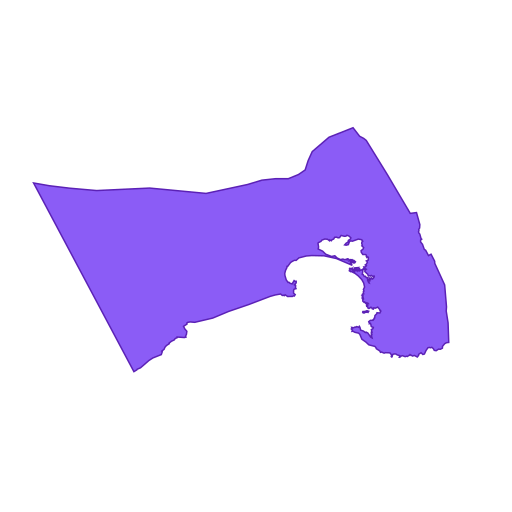 the district of Kota Jayapura, Papua, Indonesia, rotated 152°
{"feature_id": "22746128B85346986276333", "entity_name": "Kota Jayapura", "entity_type": "district", "adm_level": 2, "iso_a3": "IDN", "parent_name": "Indonesia", "parent_adm1": "Papua", "projection": "robinson", "projection_center": [140.72, -2.651], "detail": "fine", "context": "isolated", "style": "filled", "palette": "violet", "viewbox_px": 512, "rotation_deg": 152, "n_neighbors": 0, "source": "geoboundaries", "source_scale": "gbopen_adm2", "svg_char_len": 6136}
<svg xmlns="http://www.w3.org/2000/svg" viewBox="0 0 512 512"><g transform="rotate(152 256 256)"><path d="M108.3,313.1L110.1,323.7L135.8,326.6L157.3,321.8L165.1,315.8L172.2,308.9L180.3,308.0L191.2,309.1L202.5,315.1L215.2,320.2L229.9,323.1L270.7,334.7L318.0,365.9L366.0,388.6L388.9,403.5L405.4,415.0L418.1,424.9L418.1,211.2L414.7,211.4L414.1,211.8L410.5,211.5L399.6,214.0L394.9,214.4L385.9,213.4L383.7,215.5L383.9,216.2L380.9,216.8L379.4,218.1L377.1,219.0L373.8,219.3L373.7,219.9L370.7,220.4L367.5,220.3L366.1,221.1L364.0,220.9L363.7,221.5L357.5,217.6L355.9,217.3L355.9,218.2L354.2,219.5L352.4,222.0L353.1,225.1L353.0,227.9L348.9,228.3L348.5,229.3L347.5,229.5L345.1,228.7L341.2,226.2L323.3,221.5L306.1,219.9L284.9,216.5L262.5,213.7L257.4,212.6L252.1,210.9L251.3,208.8L250.2,208.5L249.7,207.7L248.5,208.1L247.1,205.4L242.8,203.2L241.3,203.2L240.9,202.7L239.5,203.5L240.3,205.5L238.9,208.1L237.9,208.8L236.0,208.4L236.0,209.5L234.9,211.3L235.7,212.6L235.5,212.9L235.1,212.4L233.1,213.5L232.4,214.8L233.5,215.4L233.9,216.4L237.2,214.4L238.8,216.0L239.3,217.4L240.1,217.6L240.5,220.8L239.6,225.2L238.8,227.1L236.6,229.5L234.2,231.2L233.5,232.3L232.8,232.0L228.6,234.0L226.9,234.2L224.2,234.2L222.6,233.3L219.0,234.2L211.6,232.4L206.5,230.2L195.8,224.2L186.2,216.0L175.4,202.6L175.7,204.2L173.9,208.2L174.2,208.4L175.2,206.3L175.8,204.4L176.2,205.3L175.6,205.5L175.0,207.3L175.3,208.0L176.1,208.1L175.5,208.8L176.0,210.2L176.6,210.6L177.2,210.1L177.1,210.6L179.3,211.0L180.7,212.5L183.1,213.2L185.3,216.2L186.3,219.2L189.5,220.1L193.6,224.9L194.9,229.0L197.8,233.0L196.5,234.6L195.3,238.1L194.8,238.5L191.8,238.4L190.4,239.1L187.3,238.7L185.0,237.2L184.2,235.5L183.5,235.6L183.6,235.1L183.2,235.3L182.3,234.1L181.2,234.7L179.5,234.5L177.8,235.6L176.0,234.8L175.0,233.5L173.6,233.0L171.2,234.2L168.7,231.9L167.3,231.3L166.0,231.6L164.6,230.1L163.7,227.6L164.5,226.7L167.1,226.4L168.2,225.1L170.4,225.0L172.5,224.2L171.3,223.2L169.1,222.7L166.8,224.8L165.3,224.9L163.9,223.8L157.7,222.9L155.3,221.0L155.0,219.9L154.1,219.7L154.8,219.8L154.9,218.8L156.0,218.6L156.8,217.4L157.0,215.6L157.8,215.3L157.0,212.9L158.1,211.9L160.7,211.4L161.3,209.9L161.0,207.2L158.5,205.8L158.2,204.8L158.8,203.9L158.8,202.7L157.9,202.9L157.4,202.1L158.8,199.7L160.8,199.8L160.4,199.1L160.7,198.1L162.6,196.9L163.7,196.8L163.1,195.6L164.5,195.0L165.9,195.7L165.9,195.0L166.9,194.5L166.7,193.5L165.4,193.4L164.8,192.5L166.7,192.0L167.2,191.1L166.4,189.1L166.0,189.3L166.5,188.9L165.9,187.5L166.2,185.9L164.1,184.7L163.4,184.8L162.4,183.1L162.0,183.2L160.5,182.6L161.4,182.7L161.3,182.2L162.1,181.6L163.7,181.0L164.4,182.5L164.7,181.6L165.4,182.2L165.8,182.0L166.1,182.8L166.3,181.6L167.4,182.4L167.4,181.3L167.9,181.4L167.6,180.8L168.1,180.9L168.0,181.5L168.5,180.8L168.7,179.1L169.0,179.5L168.8,182.4L167.5,184.0L167.8,184.6L168.7,184.9L168.9,186.7L170.0,187.1L170.1,189.2L170.8,189.8L167.5,194.3L169.2,193.9L169.7,194.4L171.9,194.3L172.2,195.4L171.5,195.7L171.0,195.1L170.4,196.4L171.8,197.8L171.4,197.9L173.8,198.9L174.5,198.3L174.7,198.8L174.8,198.2L173.0,197.2L173.2,196.3L172.5,195.9L173.1,195.3L173.1,195.8L173.6,195.7L173.3,197.0L174.6,197.3L174.2,196.2L174.8,196.2L175.4,197.4L176.1,197.2L176.5,195.7L177.1,195.8L177.2,197.4L176.0,197.7L175.5,198.5L177.6,198.5L177.6,199.7L176.9,199.4L176.8,200.2L177.8,199.9L178.9,201.1L179.6,200.7L179.6,199.3L180.5,199.1L179.8,197.7L179.0,197.4L176.7,194.1L175.0,190.3L173.7,185.6L173.6,181.6L174.7,177.6L176.9,176.0L177.1,174.4L178.1,174.0L178.7,172.0L179.8,172.4L180.3,172.0L180.2,171.2L180.7,171.3L180.4,170.6L181.1,169.8L180.8,169.4L181.2,169.8L181.3,169.5L180.8,169.4L181.3,167.5L182.2,167.3L182.9,166.0L182.3,164.3L181.7,164.5L181.4,164.0L181.4,162.8L180.6,162.4L180.2,162.7L179.6,162.0L179.1,162.3L179.4,162.0L179.0,161.8L179.3,161.8L179.2,161.2L179.9,161.5L180.4,160.8L180.5,159.8L181.3,159.2L181.5,157.1L180.9,156.6L178.6,156.8L178.6,156.2L178.0,155.7L178.1,154.7L177.3,154.0L176.3,154.9L175.1,153.9L172.5,153.7L171.9,150.8L172.1,149.6L171.6,149.4L171.7,148.7L173.4,147.5L175.8,149.1L176.5,148.3L178.9,147.6L180.4,145.5L181.0,145.6L181.7,144.7L182.5,144.8L182.9,144.3L185.2,145.5L187.3,145.1L187.5,143.7L186.9,143.2L187.4,142.9L186.6,142.6L186.9,140.8L187.3,140.3L187.2,139.3L185.9,137.9L187.0,136.9L188.7,136.9L189.1,135.1L189.7,134.8L189.5,134.1L190.4,133.9L190.4,132.4L190.6,132.2L190.8,132.8L191.4,132.0L192.0,129.2L192.8,130.4L193.4,135.5L194.5,137.1L195.0,136.8L195.6,137.4L196.3,139.2L198.4,141.4L197.7,144.3L197.8,145.4L198.8,144.8L200.2,146.4L201.3,146.2L201.8,146.8L203.5,146.8L205.0,148.0L205.1,147.0L206.1,146.8L205.6,145.3L206.6,144.4L205.8,144.1L204.5,142.2L201.6,139.7L201.1,138.1L201.6,132.8L199.4,128.5L198.1,124.6L193.5,120.4L193.1,118.9L193.3,117.7L191.3,114.1L191.3,112.5L190.3,112.3L188.5,110.1L187.2,109.9L183.3,107.7L182.7,104.8L183.8,103.8L183.7,103.2L183.2,103.1L181.5,104.9L180.1,104.7L178.5,103.8L177.8,102.4L175.8,100.5L175.8,100.0L177.0,99.4L176.7,99.1L174.6,99.5L173.4,99.2L171.6,97.1L170.2,96.9L169.5,96.2L167.1,96.5L166.8,96.1L166.2,96.6L164.8,94.2L162.8,93.8L161.0,91.1L159.1,91.9L158.6,92.8L155.7,93.1L154.9,90.7L153.3,90.4L150.3,92.7L147.2,94.3L145.7,93.8L145.1,93.1L143.6,92.8L142.9,90.9L142.9,89.0L141.4,87.8L138.6,88.1L137.0,87.1L135.1,87.1L134.7,87.1L133.7,88.7L130.5,90.0L128.4,90.0L126.4,89.2L117.8,106.8L113.9,118.1L111.7,121.6L103.0,141.9L101.6,165.6L100.7,167.5L100.6,175.4L103.5,175.4L103.5,181.4L104.3,182.9L103.5,188.2L104.1,191.1L103.1,192.9L101.8,193.1L102.1,193.9L101.1,198.4L101.4,200.1L101.0,201.3L100.3,201.7L99.9,203.0L98.4,203.9L96.6,206.8L93.9,219.0L99.8,221.2L101.8,266.1L104.4,306.3L105.7,309.3L108.3,313.1ZM184.0,154.2L183.6,153.6L182.4,154.3L183.7,155.6L185.8,155.9L187.7,156.8L188.2,156.3L188.2,155.7L187.4,154.9L186.4,155.0L184.0,154.2ZM174.6,205.5L172.9,203.9L172.1,203.6L170.9,204.2L171.5,205.7L172.9,204.6L173.6,205.2L172.9,206.5L171.9,205.8L171.7,206.0L172.5,207.0L173.3,207.0L173.0,207.7L173.5,207.9L174.6,205.5ZM181.4,159.2L180.7,161.0L180.3,161.2L181.4,161.1L181.9,159.5L181.4,159.2ZM182.0,167.4L181.5,167.5L181.3,169.4L181.6,169.6L182.0,169.0L181.6,168.1L182.1,168.1L182.0,167.4Z" fill="#8b5cf6" stroke="#5b21b6" stroke-width="1.5"/></g></svg>